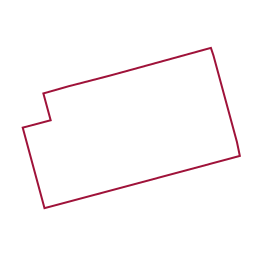 Frontier, Nebraska, United States of America (Natural Earth projection), rotated 165°
{"feature_id": "52423323B47045621610047", "entity_name": "Frontier", "entity_type": "district", "adm_level": 2, "iso_a3": "USA", "parent_name": "United States of America", "parent_adm1": "Nebraska", "projection": "natural_earth1", "projection_center": [-100.43, 40.525], "detail": "fine", "context": "isolated", "style": "outline", "palette": "rose", "viewbox_px": 256, "rotation_deg": 165, "n_neighbors": 0, "source": "geoboundaries", "source_scale": "gbopen_adm2", "svg_char_len": 311}
<svg xmlns="http://www.w3.org/2000/svg" viewBox="0 0 256 256"><g transform="rotate(165 128 128)"><path d="M27.2,72.1L26.4,86.3L26.7,175.8L27.2,183.9L32.0,183.9L131.6,183.3L174.6,183.7L200.8,183.3L200.7,155.5L229.6,155.6L229.4,72.2L168.0,72.1L27.2,72.1Z" fill="none" stroke="#9f1239" stroke-width="2"/></g></svg>